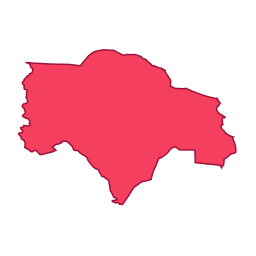 outline of Bac Binh, Bình Thuận, Vietnam, rotated 273°
{"feature_id": "81297802B84889732636102", "entity_name": "Bac Binh", "entity_type": "district", "adm_level": 2, "iso_a3": "VNM", "parent_name": "Vietnam", "parent_adm1": "Bình Thuận", "projection": "equal_earth", "projection_center": [108.379, 11.264], "detail": "fine", "context": "isolated", "style": "filled", "palette": "rose", "viewbox_px": 256, "rotation_deg": 273, "n_neighbors": 0, "source": "geoboundaries", "source_scale": "gbopen_adm2", "svg_char_len": 5748}
<svg xmlns="http://www.w3.org/2000/svg" viewBox="0 0 256 256"><g transform="rotate(273 128 128)"><path d="M188.0,22.4L187.8,23.8L187.6,24.5L187.1,25.8L186.7,26.3L186.5,26.5L185.1,27.3L183.4,27.8L183.1,28.2L182.5,29.5L182.3,29.8L181.7,29.9L179.2,29.6L178.7,29.4L177.8,28.8L177.4,28.2L177.3,27.9L177.2,26.9L177.0,26.7L175.7,26.6L175.2,26.4L175.0,25.9L174.9,25.1L174.7,24.7L173.8,24.3L171.2,21.8L170.6,21.7L170.3,21.8L169.6,21.7L168.9,20.7L168.4,20.3L168.0,20.1L167.7,20.2L166.0,20.9L165.3,21.9L165.0,22.2L163.8,22.0L162.8,22.1L161.5,22.4L161.3,22.6L161.2,22.9L160.9,24.8L160.7,25.0L160.4,25.2L159.6,25.2L157.0,24.7L156.6,24.8L155.7,25.2L154.9,25.2L154.3,25.1L153.3,24.5L152.6,25.5L152.3,25.6L151.1,25.7L149.7,26.3L149.1,26.4L148.3,26.2L147.6,25.6L147.2,24.9L147.0,24.5L146.9,23.1L146.7,22.7L145.9,21.9L145.1,21.3L144.2,21.3L143.3,21.6L143.0,21.9L142.5,22.8L142.1,23.3L141.7,23.4L140.8,23.5L139.8,24.0L138.7,24.8L138.4,24.9L138.0,24.8L137.6,24.5L135.8,22.9L135.4,22.4L135.0,22.1L134.5,22.0L134.1,22.3L133.7,23.0L132.4,25.6L131.9,28.1L131.7,28.5L130.9,28.7L129.0,29.9L128.3,29.6L127.4,29.1L127.1,29.0L126.5,29.8L125.7,30.2L125.2,29.9L124.8,28.7L124.7,28.1L125.0,26.5L125.0,23.6L123.9,23.7L123.6,23.4L123.3,22.7L122.8,20.8L122.5,20.8L121.7,21.1L119.5,22.9L119.1,23.1L118.7,23.0L118.4,22.9L118.3,22.7L117.6,21.4L117.4,20.8L117.2,19.4L116.9,19.2L116.3,19.3L115.6,19.7L114.7,20.4L113.8,21.6L113.4,21.7L112.4,21.8L111.6,22.1L111.3,22.5L110.9,23.1L110.5,24.0L110.1,24.8L109.8,25.0L109.6,25.0L108.2,25.9L107.6,26.2L107.1,26.2L103.1,25.9L102.2,27.9L101.6,28.9L101.1,30.2L100.0,31.4L99.3,32.7L99.2,33.0L99.2,33.6L100.7,35.9L100.8,36.3L100.8,36.9L100.6,37.5L100.2,38.0L97.1,41.2L96.8,41.9L96.9,42.7L98.6,48.6L99.6,51.6L100.0,53.2L100.8,54.7L101.9,57.2L102.8,56.7L102.9,56.4L103.4,55.7L103.6,54.8L103.7,54.4L104.3,54.3L104.9,53.6L105.1,53.6L105.5,54.3L105.8,54.6L106.6,55.8L107.6,56.2L107.9,56.5L107.9,57.9L108.2,58.5L108.5,59.8L109.3,61.6L109.5,61.8L109.9,61.7L110.1,61.7L110.4,62.8L110.9,63.1L111.4,63.6L111.6,65.2L111.3,66.8L111.5,67.6L109.6,70.1L106.3,73.7L105.3,74.1L104.1,74.5L103.7,74.7L103.2,75.2L103.0,75.6L102.9,76.3L102.8,79.1L101.1,80.9L100.3,82.0L99.3,83.6L97.8,86.5L96.1,88.7L95.7,89.1L94.5,89.2L94.1,89.4L90.0,92.7L87.8,94.8L87.3,95.4L85.6,98.0L85.1,100.2L84.8,100.7L84.5,100.9L82.5,101.6L80.6,103.1L79.6,103.8L78.3,104.4L78.2,105.4L77.8,106.8L76.9,107.8L74.9,111.0L74.2,111.5L73.4,111.8L71.1,112.2L70.4,112.7L69.1,112.7L67.3,113.0L65.8,113.5L65.2,113.5L64.7,113.6L63.4,114.5L61.6,115.6L61.0,115.9L60.2,116.2L59.7,116.8L58.1,117.3L58.0,117.5L57.8,118.8L57.6,119.4L56.2,121.0L55.6,120.3L55.4,119.6L54.8,116.7L54.5,116.1L54.2,116.0L53.2,117.5L53.0,118.2L52.7,119.5L52.7,120.6L53.0,122.3L52.8,122.6L51.8,123.1L51.6,123.3L51.4,123.6L51.4,124.0L51.6,124.9L51.6,125.4L51.2,126.1L53.1,127.8L55.2,128.9L61.0,132.5L66.1,135.2L69.4,137.4L70.1,138.1L70.8,139.3L71.6,140.3L74.3,143.5L75.0,144.6L76.6,150.6L76.7,150.9L77.1,151.3L77.2,151.8L77.4,152.2L77.5,152.9L77.8,153.7L77.9,153.9L79.9,154.1L84.6,155.1L85.7,155.3L93.2,158.4L94.2,158.7L96.3,159.1L97.3,159.8L98.2,160.0L98.8,160.3L99.9,161.2L99.9,161.6L99.8,162.2L100.0,162.7L104.3,167.9L106.8,169.9L109.3,171.6L110.1,172.5L111.6,176.2L111.6,176.4L111.5,176.8L110.6,178.1L109.4,179.7L109.0,180.3L108.9,180.7L109.2,188.6L109.3,190.0L109.5,194.6L109.5,195.9L107.0,196.1L104.7,196.5L103.1,196.4L101.3,196.7L96.9,196.9L96.5,205.5L96.2,208.4L96.2,211.4L95.6,222.0L94.5,222.7L93.2,223.6L93.9,223.8L94.8,224.2L95.9,225.3L96.4,225.5L97.8,225.5L101.8,225.7L102.1,225.8L102.4,226.2L103.1,227.5L103.7,228.3L106.9,231.5L107.3,232.2L107.9,233.6L108.6,235.5L109.2,236.8L112.6,236.8L113.8,236.6L115.2,236.3L116.9,235.8L120.3,234.4L121.8,233.7L124.0,232.7L124.5,233.6L125.2,231.2L125.8,229.6L126.5,228.2L127.0,227.3L128.5,225.3L129.6,224.4L130.1,224.2L131.3,222.4L132.1,221.6L132.5,221.4L133.8,221.0L134.7,221.0L135.0,221.1L135.6,221.1L136.0,221.4L136.0,221.6L136.0,221.9L136.5,222.0L136.6,222.6L137.0,222.5L137.5,222.0L137.7,221.9L138.0,222.0L138.6,221.8L139.0,221.9L139.3,221.8L140.2,221.9L142.0,221.6L142.7,221.7L143.1,221.9L143.4,222.2L143.3,222.9L143.4,223.3L143.2,223.8L143.3,223.9L143.4,224.0L143.6,224.0L143.9,224.3L144.1,224.1L144.6,223.5L144.9,222.7L145.3,222.0L145.4,221.9L145.7,221.7L145.8,220.9L146.3,219.8L147.5,218.1L148.0,217.5L148.8,216.7L149.7,216.1L150.3,215.7L151.0,215.5L151.4,215.7L152.0,215.5L153.5,215.6L153.8,215.7L154.4,216.3L154.5,216.5L154.4,216.9L154.9,217.3L156.0,217.6L157.2,218.7L157.4,218.7L158.0,218.6L158.2,218.2L158.9,217.7L159.0,217.7L159.4,217.4L159.5,217.0L159.8,216.9L159.8,216.7L160.1,216.8L160.3,216.6L160.3,216.3L160.4,216.1L160.7,216.0L160.9,216.0L161.0,215.8L161.5,215.6L161.6,215.3L161.9,215.3L162.2,215.6L162.3,215.4L162.4,215.2L162.1,214.8L162.2,213.3L162.7,210.1L163.9,204.2L165.3,199.1L166.5,195.2L168.2,190.1L170.7,183.5L170.2,182.4L170.1,181.9L170.0,173.7L170.1,172.8L171.3,170.0L172.0,168.5L172.4,168.1L176.3,168.3L178.1,167.9L181.5,165.5L186.3,162.0L186.9,161.8L187.5,162.1L188.0,161.3L187.9,159.8L188.0,159.6L188.5,159.6L188.8,159.5L189.0,159.1L189.5,157.9L189.5,156.2L190.0,155.2L190.4,153.9L191.1,152.1L191.3,151.4L191.5,150.3L191.5,149.9L191.3,149.5L191.7,148.4L191.8,148.2L192.4,148.2L192.7,148.0L193.5,146.8L195.9,143.7L197.2,142.4L197.4,142.1L198.1,139.3L198.3,139.0L199.1,138.1L199.2,137.7L199.9,137.5L200.1,137.0L200.9,134.1L201.4,132.6L201.7,130.3L201.4,126.5L201.4,122.6L200.3,119.9L200.3,119.7L203.0,113.5L204.7,109.9L204.8,109.6L204.8,100.8L204.8,99.5L204.7,98.5L204.4,97.5L203.4,93.5L202.8,91.4L202.0,89.7L200.9,88.1L198.1,84.9L197.0,84.0L192.6,80.8L189.7,78.5L187.9,77.5L187.7,77.0L187.8,73.8L188.3,68.5L188.4,65.1L187.9,50.9L187.8,43.1L187.9,38.5L187.8,30.3L188.1,23.6L188.1,22.7L188.0,22.4Z" fill="#f43f5e" stroke="#9f1239" stroke-width="1.5"/></g></svg>